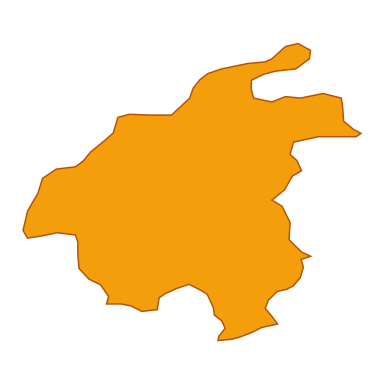 Falköping, Västra Götaland, Sweden
{"feature_id": "70781695B60471396362754", "entity_name": "Falköping", "entity_type": "district", "adm_level": 2, "iso_a3": "SWE", "parent_name": "Sweden", "parent_adm1": "Västra Götaland", "projection": "natural_earth1", "projection_center": [13.626, 58.177], "detail": "fine", "context": "isolated", "style": "filled", "palette": "amber", "viewbox_px": 384, "rotation_deg": 0, "n_neighbors": 0, "source": "geoboundaries", "source_scale": "gbopen_adm2", "svg_char_len": 1292}
<svg xmlns="http://www.w3.org/2000/svg" viewBox="0 0 384 384"><path d="M310.6,256.2L301.6,252.1L289.0,239.7L290.1,222.6L282.1,206.3L271.9,200.1L284.4,190.0L292.4,176.1L301.5,170.7L296.9,160.6L290.1,154.4L293.5,142.1L318.6,136.7L356.2,136.7L361.0,133.4L353.9,129.7L343.6,121.2L342.5,105.1L341.3,98.1L323.1,93.5L300.3,98.1L285.5,96.6L271.8,102.0L253.6,98.1L251.3,89.6L251.3,80.4L263.8,74.2L275.2,71.2L295.7,68.9L309.4,58.9L310.5,50.4L297.9,43.5L297.1,43.7L285.4,46.6L271.8,58.9L264.9,61.9L247.8,63.5L221.6,68.9L208.0,73.5L200.0,79.6L193.2,88.1L189.7,98.1L171.5,115.1L152.1,115.1L129.3,114.3L118.5,117.2L117.9,117.4L113.3,132.8L106.5,139.0L90.5,152.1L83.6,160.6L75.6,166.8L56.3,169.1L42.5,178.4L38.0,193.1L27.6,211.0L26.2,217.2L23.0,230.4L27.6,238.1L42.4,235.8L57.3,232.7L75.5,235.0L77.8,242.0L77.8,252.9L78.9,268.4L89.2,279.3L100.6,284.8L108.6,296.5L106.5,304.0L121.1,304.0L131.0,305.9L141.9,311.4L157.3,309.6L159.1,297.8L165.5,293.5L176.3,288.6L189.0,284.3L199.9,289.8L207.1,294.1L213.4,307.7L214.4,315.1L221.6,320.7L225.2,328.1L218.9,336.2L218.0,340.5L231.6,339.3L240.6,336.8L253.3,331.8L261.5,327.5L277.5,324.0L272.4,317.0L265.2,308.3L268.4,300.1L277.2,291.5L286.7,289.3L293.1,286.0L300.2,277.9L303.4,267.1L301.0,259.5L310.6,256.2Z" fill="#f59e0b" stroke="#b45309" stroke-width="1.5"/></svg>